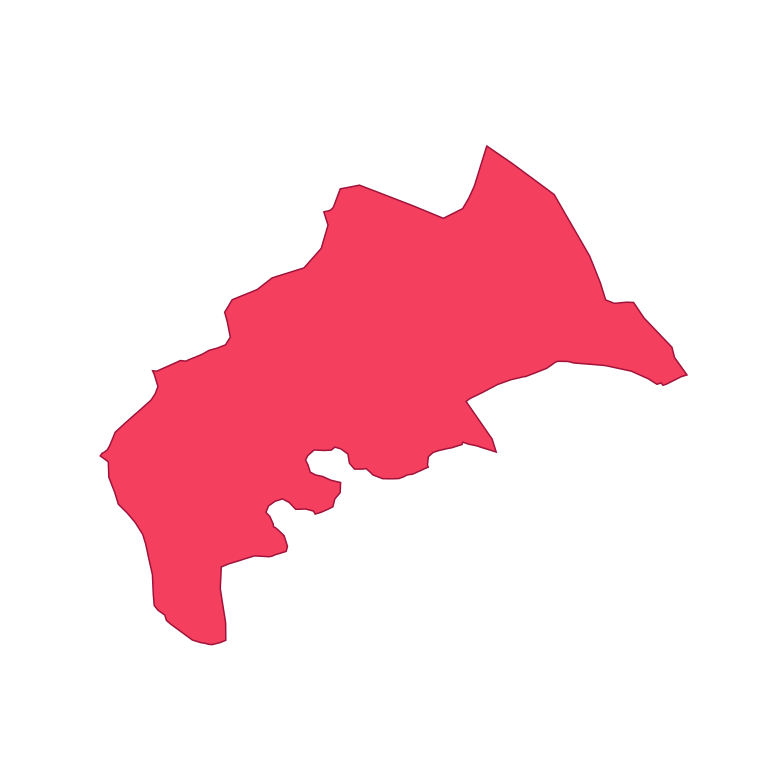 outline of Al Jabin, Raymah, Yemen, rotated 343°
{"feature_id": "15242507B10739648902482", "entity_name": "Al Jabin", "entity_type": "district", "adm_level": 2, "iso_a3": "YEM", "parent_name": "Yemen", "parent_adm1": "Raymah", "projection": "mercator", "projection_center": [43.599, 14.69], "detail": "fine", "context": "isolated", "style": "filled", "palette": "rose", "viewbox_px": 768, "rotation_deg": 343, "n_neighbors": 0, "source": "geoboundaries", "source_scale": "gbopen_adm2", "svg_char_len": 4094}
<svg xmlns="http://www.w3.org/2000/svg" viewBox="0 0 768 768"><g transform="rotate(343 384 384)"><path d="M91.6,369.8L97.6,377.8L95.5,385.6L93.6,392.6L94.1,399.7L94.4,403.5L94.7,407.7L94.8,408.8L94.8,421.3L100.8,432.5L105.6,443.7L109.3,457.4L109.3,460.6L109.3,462.1L109.3,467.4L108.0,482.4L106.8,498.6L101.8,518.0L99.5,528.6L101.8,534.4L106.8,540.9L106.8,542.2L106.8,546.5L109.9,551.4L110.8,552.6L114.0,556.9L119.7,564.5L122.2,567.9L122.4,568.1L125.7,572.6L126.9,573.5L133.4,577.9L136.6,579.4L140.4,581.8L143.5,583.0L151.8,583.4L157.8,582.8L158.1,581.8L159.1,578.3L159.3,577.7L162.7,566.2L163.3,562.2L164.8,551.3L167.4,533.3L167.7,531.5L167.9,531.0L170.2,524.5L170.3,524.3L174.9,511.4L176.0,511.3L183.0,510.6L183.4,510.6L196.8,510.6L198.1,510.5L203.1,510.5L209.7,510.5L212.9,511.6L222.8,515.3L223.0,515.4L223.5,515.6L226.7,515.9L229.5,515.5L234.7,515.5L236.7,515.5L240.6,515.5L241.6,515.4L244.2,511.1L244.2,507.9L244.2,505.9L244.1,499.8L239.8,492.1L238.1,489.6L236.6,488.1L237.1,485.5L236.1,477.2L233.8,472.6L233.6,472.2L233.8,472.0L237.9,466.9L239.3,466.4L245.5,464.3L246.0,464.3L253.4,464.2L256.4,467.3L258.6,469.4L261.0,474.1L261.2,474.6L262.9,478.0L269.3,479.8L270.0,479.9L272.4,480.6L272.7,480.8L274.6,481.9L279.3,484.9L280.2,488.3L284.6,488.3L286.3,488.3L291.4,487.7L292.1,487.6L294.0,487.4L295.6,487.1L296.1,487.0L299.2,486.5L300.3,484.6L300.6,484.2L303.4,479.5L303.6,479.4L310.3,475.1L312.2,469.9L312.4,469.1L313.7,465.6L305.0,460.4L304.8,460.2L302.1,457.9L301.8,457.6L298.8,455.0L298.1,454.4L295.8,453.1L292.0,451.0L287.7,446.7L287.7,446.4L287.7,439.7L287.4,437.7L286.8,433.7L290.2,430.2L293.6,428.6L294.4,428.3L296.9,427.1L297.7,426.8L297.9,426.7L307.4,430.1L314.3,431.8L318.6,430.0L321.9,432.2L323.8,433.4L326.4,436.9L329.0,440.4L328.2,446.4L327.8,449.7L330.9,456.8L339.0,459.2L342.2,459.7L344.9,464.1L346.9,467.8L350.5,470.6L355.1,474.2L359.2,475.5L364.9,477.3L370.7,478.8L370.8,478.7L374.4,478.6L376.7,478.4L378.9,477.7L380.5,477.9L381.5,478.0L385.2,478.6L391.8,477.7L393.1,477.6L400.9,476.5L401.9,476.6L401.9,474.2L405.1,466.5L405.6,466.3L408.6,464.9L411.1,463.8L416.4,463.7L418.1,463.7L418.7,463.8L424.6,464.2L425.1,464.2L430.1,464.8L435.5,464.7L440.9,464.7L442.4,462.7L447.4,466.3L452.9,469.3L453.9,469.9L456.1,471.2L457.2,472.2L465.4,477.7L468.4,479.8L471.4,481.9L471.4,480.3L471.3,468.3L457.4,424.7L462.1,423.0L475.1,421.0L492.2,417.7L506.4,417.0L519.9,417.9L521.5,418.3L530.0,417.7L543.7,416.6L544.1,416.6L545.9,416.0L550.4,414.6L554.0,413.3L556.8,413.1L563.1,415.1L566.1,416.1L567.9,417.0L572.0,419.6L572.5,419.7L581.8,423.4L582.6,423.7L584.4,424.4L594.7,428.5L600.8,431.0L604.3,432.9L624.2,444.0L638.4,456.4L642.1,460.8L645.0,464.1L649.3,464.0L650.4,466.8L654.2,466.7L670.5,463.9L676.4,463.9L670.7,447.0L669.6,443.7L670.1,433.0L652.0,397.0L646.5,379.0L639.9,376.7L627.8,374.2L620.6,368.4L620.5,358.2L620.5,351.0L620.1,345.9L620.0,344.9L619.8,342.7L619.7,341.1L619.6,339.7L619.0,332.5L618.6,328.1L618.1,322.2L618.1,321.9L616.3,314.2L615.0,308.4L610.2,287.7L609.8,285.8L606.9,273.5L606.3,270.8L602.2,252.8L602.1,252.5L601.5,251.8L596.1,244.4L570.7,210.1L551.9,186.5L551.0,187.7L528.3,221.1L519.5,231.0L510.8,239.0L510.5,239.3L502.2,240.7L494.5,242.0L489.3,242.9L488.7,242.5L480.3,235.6L469.7,226.9L465.4,223.3L465.0,223.0L452.4,213.1L419.2,187.1L418.8,186.7L399.2,184.6L387.7,199.6L386.6,200.6L383.6,202.1L381.4,202.2L378.0,201.8L376.8,201.8L376.9,215.7L369.7,226.7L364.2,235.1L363.6,236.0L355.4,241.0L353.7,242.1L353.3,242.3L341.4,249.6L339.2,249.6L336.5,249.6L334.6,249.6L325.7,249.7L323.6,249.7L308.0,249.8L303.9,251.4L290.3,256.6L284.0,257.2L274.6,258.0L263.5,259.0L254.3,267.3L252.6,268.7L252.3,278.9L250.7,294.3L243.9,300.2L234.7,300.9L226.5,300.7L218.2,302.5L203.7,303.8L201.8,304.2L201.5,304.3L198.9,303.2L198.3,303.0L196.5,302.2L196.1,302.0L191.9,302.6L183.3,303.7L177.4,304.4L170.6,305.3L166.6,303.7L167.1,307.8L167.1,315.3L167.1,320.3L162.3,326.5L157.7,330.3L156.2,331.5L139.1,339.3L137.0,340.2L126.1,345.2L121.0,347.6L120.4,347.9L112.9,351.5L103.7,362.7L100.2,366.0L96.6,367.4L94.0,367.9L91.6,369.8Z" fill="#f43f5e" stroke="#9f1239" stroke-width="1.5"/></g></svg>